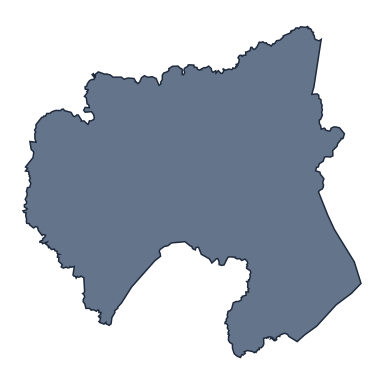 Prestea/huni Valley, Western, Ghana (Mercator projection)
{"feature_id": "2480657B71205229821948", "entity_name": "Prestea/huni Valley", "entity_type": "district", "adm_level": 2, "iso_a3": "GHA", "parent_name": "Ghana", "parent_adm1": "Western", "projection": "mercator", "projection_center": [-2.017, 5.447], "detail": "fine", "context": "isolated", "style": "filled", "palette": "slate", "viewbox_px": 384, "rotation_deg": 0, "n_neighbors": 0, "source": "geoboundaries", "source_scale": "gbopen_adm2", "svg_char_len": 5797}
<svg xmlns="http://www.w3.org/2000/svg" viewBox="0 0 384 384"><path d="M317.0,93.9L311.8,94.4L313.9,87.0L321.2,39.4L319.1,40.9L315.5,39.5L314.7,38.6L314.2,35.5L312.9,33.8L313.5,32.4L311.6,31.4L311.6,30.1L310.5,28.8L308.9,28.6L308.7,27.6L308.0,28.2L307.5,26.5L305.7,27.3L300.6,26.8L298.5,28.7L297.7,27.9L295.8,28.0L294.3,30.1L291.9,30.5L291.7,31.5L290.8,31.2L290.5,32.9L283.2,35.9L283.2,37.1L279.8,40.2L276.6,40.7L274.4,43.9L273.0,43.7L271.2,46.1L269.2,44.6L267.7,44.6L266.3,42.8L264.5,43.0L262.9,41.8L260.8,42.5L259.3,42.1L256.9,47.0L255.3,48.8L253.6,49.5L251.8,47.2L250.7,47.5L250.0,50.6L246.9,51.8L246.0,52.3L246.3,53.0L245.7,52.5L245.8,55.0L243.0,55.4L242.5,56.3L241.0,55.2L239.5,55.5L238.0,57.6L239.3,59.7L238.9,62.0L238.2,63.7L237.3,64.0L237.7,64.7L236.2,64.6L237.0,66.6L235.8,66.6L235.4,68.3L232.7,68.0L232.6,69.0L231.6,69.7L228.9,69.0L225.6,70.2L223.2,68.9L223.1,69.7L224.1,70.4L222.4,73.3L220.8,73.3L218.3,70.6L216.0,73.2L215.7,70.8L212.9,72.3L211.6,70.7L211.3,68.6L208.7,66.1L205.7,67.8L204.1,67.6L201.4,69.0L201.5,69.7L200.7,69.4L199.5,70.2L197.3,69.1L197.0,67.5L194.2,67.0L193.9,65.1L189.6,64.8L188.1,65.0L187.8,66.3L184.5,68.3L183.9,70.2L184.8,72.3L183.5,74.8L182.2,74.5L182.2,69.6L181.6,68.6L180.5,68.5L178.0,66.1L172.5,66.3L168.7,68.7L169.1,70.0L167.8,71.5L163.6,73.1L162.3,75.3L162.3,79.5L160.8,82.0L160.8,84.1L159.0,85.3L156.1,78.5L152.2,76.7L147.8,77.3L144.4,75.7L141.5,77.7L139.8,81.8L137.8,83.6L136.0,81.7L135.2,81.8L135.2,80.5L134.0,78.5L128.0,78.0L124.0,79.2L121.2,77.1L113.1,77.2L110.3,75.0L106.3,73.9L105.1,74.3L98.3,71.9L95.5,74.2L95.3,76.6L93.4,73.7L92.1,74.6L94.4,77.6L94.0,79.5L91.7,79.5L89.4,80.8L87.4,83.7L86.6,86.2L85.0,86.9L85.3,89.2L88.1,89.6L87.6,91.2L86.9,91.5L87.5,92.1L86.6,93.6L84.4,96.4L86.3,97.7L87.1,103.9L88.6,104.7L89.4,107.7L85.1,107.4L83.7,110.3L85.2,112.2L91.5,111.7L93.5,114.5L94.3,117.3L93.8,119.5L90.7,121.0L89.4,120.8L88.1,124.4L87.6,124.3L84.0,120.9L81.3,121.1L81.5,120.3L78.3,115.1L77.0,114.8L75.1,116.6L73.4,116.2L71.1,112.4L64.4,110.6L63.5,109.1L62.0,109.2L60.3,110.6L55.9,110.4L52.2,111.6L49.8,113.4L46.7,113.5L45.7,116.0L43.7,116.1L42.9,117.4L41.7,117.4L36.0,124.6L36.0,127.8L34.6,130.1L35.8,132.1L34.9,133.3L34.9,138.6L36.1,142.2L29.9,141.5L31.2,149.5L33.4,151.5L33.7,152.8L33.0,157.6L25.5,167.0L27.6,168.2L25.5,171.0L28.8,171.5L28.9,174.4L29.7,175.6L29.3,176.3L30.4,178.1L29.2,180.1L30.8,183.3L29.8,187.1L27.4,187.7L26.4,191.7L27.1,192.8L27.0,195.8L25.2,199.3L26.8,202.2L26.1,203.9L24.3,204.8L24.4,207.0L27.2,208.7L25.9,210.1L23.0,210.8L24.1,212.5L26.1,212.8L25.7,215.6L26.7,220.0L26.3,221.0L26.7,223.3L29.4,223.7L29.6,224.8L33.6,228.0L35.5,226.6L37.5,227.1L38.4,230.5L42.1,235.4L42.8,234.5L45.5,235.2L44.9,237.0L43.0,238.3L42.7,240.1L40.0,241.3L39.8,242.1L41.9,242.4L42.6,243.7L47.0,242.1L45.6,243.9L48.7,246.2L48.2,246.5L48.5,247.3L48.9,246.7L51.4,249.5L54.4,249.1L54.9,250.7L57.1,251.3L57.2,253.4L59.3,254.3L57.8,254.5L57.4,257.2L58.9,257.4L58.6,261.2L62.2,264.6L61.2,266.9L63.2,268.1L66.3,267.1L67.7,268.0L69.6,267.5L70.0,266.5L71.3,267.2L74.3,266.5L73.0,275.0L73.9,276.1L75.5,276.5L76.2,278.1L77.3,276.5L78.4,277.2L80.1,276.9L80.8,276.1L83.8,277.6L84.6,291.6L83.7,293.2L82.7,293.5L84.5,295.6L84.6,297.1L83.3,299.3L83.1,301.6L84.8,303.9L85.9,308.4L89.7,308.4L91.2,310.2L93.2,309.7L96.5,311.2L98.0,309.9L98.8,310.3L98.9,312.6L101.0,312.5L100.7,314.3L98.5,316.3L99.3,317.4L100.6,317.2L99.9,321.0L98.9,321.5L99.8,322.5L104.0,324.1L105.9,322.4L106.0,323.8L109.2,325.3L111.1,323.7L111.9,317.6L114.9,312.5L114.6,310.9L117.9,308.1L117.9,306.9L121.4,303.1L131.6,287.0L154.7,260.9L160.6,256.2L160.0,252.9L159.1,251.8L160.0,249.5L164.4,246.4L167.8,245.8L171.5,242.9L185.0,241.7L190.2,245.9L191.9,246.5L192.3,248.2L193.6,249.3L195.4,249.9L195.6,248.0L197.7,247.0L198.7,247.6L201.3,254.3L209.3,258.8L211.9,263.0L216.4,258.8L217.6,258.5L219.0,261.2L219.1,264.6L221.6,265.4L224.0,265.0L227.8,257.4L229.5,256.8L235.4,257.3L235.4,258.1L237.1,258.9L239.8,258.6L241.7,260.5L244.9,259.1L247.2,261.4L247.8,263.1L246.7,264.7L247.6,265.8L246.6,266.7L246.6,268.4L250.1,270.6L250.9,272.4L249.9,274.4L250.3,276.9L249.3,279.6L248.6,279.8L248.9,281.1L246.7,281.5L247.9,283.0L247.6,287.5L248.9,288.8L248.0,289.6L248.5,292.0L245.9,291.9L246.1,295.2L242.1,296.4L242.2,297.3L241.1,297.8L241.5,299.2L241.0,300.1L238.7,301.4L235.7,301.6L233.2,302.9L231.7,308.8L230.2,310.6L228.0,311.4L227.2,315.6L227.7,317.1L226.2,319.2L226.4,320.8L225.1,322.1L225.0,323.6L226.4,323.5L227.8,325.4L227.3,328.0L229.0,330.6L228.0,332.7L228.6,333.7L228.1,334.3L229.4,335.2L228.6,336.3L228.4,340.1L229.6,342.3L232.4,344.2L232.5,348.4L234.2,353.7L237.1,356.1L240.4,357.5L242.0,354.6L243.1,355.0L245.3,353.3L244.2,351.8L247.5,350.5L252.7,351.6L254.4,352.7L255.3,351.9L256.0,352.4L257.7,349.8L259.3,349.6L259.1,348.0L261.1,347.8L262.7,346.4L263.8,344.1L263.6,338.4L265.9,337.7L266.7,338.3L267.9,337.1L268.4,337.6L268.8,336.9L270.2,336.8L271.3,337.2L270.6,338.6L272.7,337.8L272.6,339.2L274.6,339.4L273.9,340.5L275.1,340.7L276.7,339.7L276.3,338.1L277.0,337.0L278.3,336.2L279.7,336.5L280.2,334.9L284.8,333.2L287.6,334.5L288.9,336.5L297.2,341.6L304.7,334.8L316.5,326.3L336.3,304.7L351.4,293.4L361.0,283.4L354.3,261.9L334.5,229.7L327.8,215.3L318.5,191.9L319.5,190.5L322.2,189.0L323.3,187.1L323.5,184.9L322.7,182.6L323.9,178.7L320.3,174.1L319.9,172.1L315.6,170.8L316.5,167.4L318.3,167.0L319.3,163.7L323.2,161.3L324.4,157.3L326.0,156.7L330.6,157.0L332.9,155.8L332.7,150.5L337.0,146.3L337.7,143.6L340.9,139.7L341.3,138.3L342.5,138.8L343.2,138.1L344.4,133.7L339.5,127.8L336.0,127.0L333.8,126.9L331.1,128.2L330.2,130.8L328.8,131.1L325.2,129.9L325.1,128.7L324.3,128.1L321.2,129.2L320.7,125.6L319.4,123.7L319.3,119.9L320.5,119.5L322.4,115.2L321.6,112.3L322.4,109.8L321.7,107.4L322.2,105.3L321.1,103.1L321.0,99.7L319.0,98.3L318.7,95.2L317.0,93.9Z" fill="#64748b" stroke="#1e293b" stroke-width="1.5"/></svg>